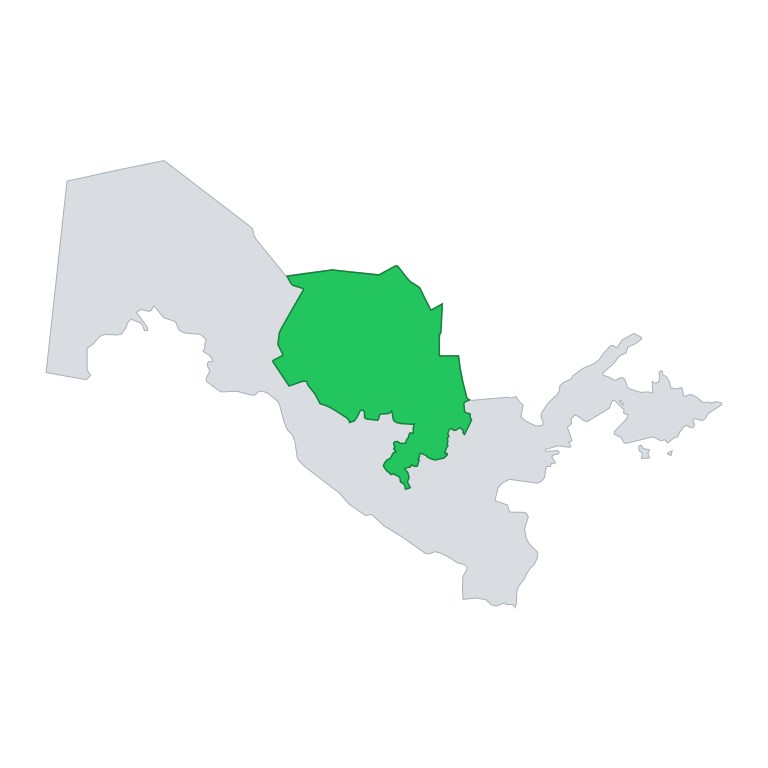 Navoi on a map of Uzbekistan (orthographic projection)
{"feature_id": "UZB-357", "entity_name": "Navoi", "entity_type": "Region", "adm_level": 1, "iso_a3": "UZB", "parent_name": "Uzbekistan", "parent_adm1": "", "projection": "orthographic", "projection_center": [65.132, 41.594], "detail": "fine", "context": "in_parent", "style": "filled", "palette": "green", "viewbox_px": 768, "rotation_deg": 0, "n_neighbors": 0, "source": "natural_earth", "source_scale": "10m", "svg_char_len": 8637}
<svg xmlns="http://www.w3.org/2000/svg" viewBox="0 0 768 768"><path d="M621.9,340.2L633.9,333.3L641.0,337.0L641.7,339.2L634.5,344.2L627.8,347.1L626.1,352.9L619.6,355.8L613.2,364.1L603.0,372.8L603.0,374.4L604.0,375.7L607.5,376.4L614.9,380.4L621.6,377.5L623.3,377.9L625.2,380.4L627.6,387.5L630.8,389.3L640.9,392.4L648.2,391.9L652.1,393.1L652.6,392.4L652.3,381.6L655.5,383.2L658.8,381.6L659.7,376.1L658.8,372.6L661.1,370.5L662.4,371.7L662.8,374.9L666.6,376.8L669.5,381.9L670.8,387.9L677.8,389.0L680.1,387.6L682.1,388.1L683.6,395.8L684.7,396.3L690.5,394.3L696.3,397.0L702.8,402.4L709.7,402.2L711.1,403.1L715.9,401.7L721.6,402.8L721.9,403.8L721.1,405.1L708.4,413.4L705.1,418.7L702.2,420.6L694.0,418.5L693.0,421.6L694.7,424.5L693.0,427.9L688.8,427.0L687.8,425.5L683.9,426.7L679.6,432.2L677.7,436.6L673.4,438.3L667.6,443.0L664.9,439.8L660.5,440.6L654.5,437.5L651.7,437.1L626.0,443.4L624.0,442.8L620.8,437.2L614.2,434.5L614.3,431.6L626.8,418.7L628.1,414.9L623.6,413.2L624.1,409.9L615.0,400.9L613.4,400.3L612.2,400.8L609.5,408.1L587.2,421.7L583.8,420.7L578.4,416.4L575.0,415.0L571.1,419.0L571.5,423.7L567.4,427.4L571.8,439.8L571.5,441.4L568.6,442.0L571.0,446.6L569.2,447.3L558.0,445.9L545.3,449.4L545.8,451.4L557.2,450.5L558.8,451.3L559.1,452.8L558.5,453.8L552.5,455.2L552.0,457.2L555.4,462.6L554.0,463.9L551.8,462.9L550.2,466.5L546.3,466.6L544.6,477.3L541.6,481.2L537.3,483.2L509.6,479.3L502.6,482.8L498.0,487.8L495.2,499.6L495.6,500.9L507.5,505.0L509.6,512.1L523.9,512.3L526.3,513.3L527.5,515.1L528.3,517.0L524.5,528.7L526.5,538.9L529.0,543.6L537.7,552.3L537.5,557.2L535.7,561.7L533.5,565.6L531.0,567.3L527.5,572.3L524.6,578.4L518.7,586.4L516.8,590.9L516.4,603.6L514.9,607.4L514.6,606.0L512.4,604.6L506.0,604.4L504.7,602.8L496.5,606.0L491.3,604.8L485.9,599.7L475.8,598.0L463.1,599.4L462.5,586.3L462.9,576.5L467.1,568.8L467.0,567.3L464.8,564.7L457.1,562.7L448.1,556.8L439.7,552.8L435.0,551.6L429.7,553.8L425.0,553.2L402.9,537.5L384.3,526.1L371.6,514.4L365.6,515.6L349.5,504.5L339.2,493.0L305.3,467.0L298.7,460.6L297.2,457.4L295.0,441.8L292.1,434.6L287.9,430.6L284.4,423.0L279.5,404.6L277.6,401.2L267.7,393.2L262.0,391.0L257.6,392.1L255.2,395.0L251.7,395.2L237.1,391.3L220.8,391.9L207.0,381.8L206.2,380.3L206.4,377.7L209.5,371.7L209.1,369.0L207.4,366.0L207.6,362.9L209.0,361.3L211.6,362.0L212.6,360.9L212.3,359.3L209.3,355.2L203.0,351.4L204.4,349.1L205.1,343.2L206.2,340.2L205.5,339.0L200.8,334.4L185.1,333.1L181.5,331.6L178.6,329.7L176.1,322.9L174.7,321.3L164.0,317.9L153.8,305.7L151.2,310.6L149.1,311.4L140.8,309.5L136.4,312.3L145.7,324.7L147.7,328.3L147.5,330.4L144.5,330.6L142.2,324.8L140.6,323.1L131.1,319.2L127.6,322.5L126.4,326.9L121.5,334.1L116.5,335.0L104.7,334.4L101.1,335.8L98.5,337.6L93.4,343.8L87.1,348.5L87.2,369.9L90.7,375.5L86.3,379.7L46.1,372.6L67.0,181.1L123.8,168.7L164.1,160.6L250.7,226.9L252.8,229.4L253.7,234.7L255.9,239.0L285.7,275.7L332.1,269.9L379.0,274.6L396.6,266.2L410.4,281.8L419.1,287.3L431.0,310.0L442.3,303.9L440.7,331.1L439.4,339.4L439.4,355.7L458.4,355.9L462.9,382.1L467.4,398.6L471.6,400.4L507.9,397.2L510.7,398.3L515.8,396.4L519.3,401.6L523.1,405.0L520.9,416.6L525.5,421.0L535.8,426.0L542.1,425.6L543.1,423.6L542.7,420.9L541.1,418.2L541.1,414.8L542.0,412.3L547.7,403.4L557.2,394.4L559.3,391.2L559.9,385.8L563.2,382.6L571.5,378.7L572.6,376.0L582.5,368.6L593.9,363.7L598.9,359.9L603.6,353.1L610.6,345.7L613.4,345.4L615.5,347.4L617.2,347.5L621.9,340.2ZM623.6,404.9L622.0,401.6L620.1,400.5L619.3,401.0L622.4,405.1L623.6,404.9ZM649.2,458.0L641.4,458.4L642.3,453.2L639.4,451.0L638.7,448.5L639.1,446.1L641.0,445.1L643.5,448.6L649.5,449.8L647.8,453.5L649.5,457.3L649.2,458.0ZM672.1,450.9L671.0,455.6L667.5,453.9L667.9,452.7L672.1,450.9Z" fill="#d9dde1" stroke="#a8b0b8" stroke-width="1"/><path d="M396.0,265.7L396.6,265.8L397.2,265.9L397.9,266.5L398.5,267.1L402.6,272.4L406.7,277.8L408.6,279.8L410.5,281.8L414.4,284.2L418.3,286.7L419.1,287.4L419.9,288.0L423.1,294.7L425.2,299.0L428.2,304.9L430.7,310.0L431.0,310.0L431.3,310.1L436.8,307.0L442.3,303.9L441.7,317.0L441.0,330.0L440.9,331.4L440.8,332.8L440.6,333.2L440.4,333.7L440.0,333.9L439.5,334.1L439.4,334.4L439.3,334.8L439.3,336.4L439.3,345.0L439.2,355.2L439.3,355.5L439.3,355.8L439.5,355.9L439.7,356.0L444.4,356.0L448.6,356.0L452.9,355.9L457.6,355.9L457.8,355.9L458.0,355.8L458.3,355.9L458.5,355.9L458.5,356.0L459.4,362.6L460.2,369.2L461.6,375.7L462.9,382.2L464.8,389.8L466.6,397.5L467.5,398.6L468.4,399.7L469.4,399.9L469.4,400.1L464.6,402.1L464.2,403.0L463.8,403.6L464.6,410.9L464.6,411.2L464.7,411.5L465.0,411.9L465.3,412.3L465.5,412.5L466.1,412.8L469.7,413.7L469.9,413.8L470.1,414.0L470.1,414.3L470.2,414.7L470.2,415.2L470.1,416.1L470.1,417.0L470.6,418.2L471.5,419.7L470.4,422.5L464.5,434.5L463.7,433.8L463.3,433.2L463.1,432.9L463.0,432.7L463.0,432.3L463.2,431.4L463.2,430.9L463.2,430.7L461.7,429.0L460.5,428.0L460.1,427.7L459.7,427.7L459.4,427.9L456.5,429.9L455.6,430.3L454.8,430.4L454.1,430.3L453.4,430.1L452.7,429.7L451.9,429.1L451.3,428.8L450.7,428.7L450.2,428.9L449.7,429.3L449.3,429.8L448.9,430.4L448.6,431.1L448.1,432.5L448.0,433.3L448.0,434.2L448.3,435.1L448.6,435.6L448.8,436.0L448.8,436.4L448.5,437.0L448.2,437.3L447.4,437.7L447.2,438.0L447.2,438.4L447.7,439.6L447.8,441.5L447.6,442.6L447.0,443.8L447.0,444.1L447.1,444.5L447.2,444.8L447.9,445.3L447.8,445.8L447.6,446.2L446.6,447.6L446.3,448.3L446.1,449.0L445.8,450.2L444.8,452.6L444.7,453.0L444.8,453.3L445.2,453.4L446.0,453.3L446.3,453.3L446.7,453.3L447.0,453.5L447.3,453.8L447.4,454.1L447.4,454.5L447.2,455.0L446.8,455.4L444.2,457.8L443.8,458.1L435.2,460.0L433.5,459.7L431.7,458.6L430.9,458.9L430.1,458.5L429.3,457.9L427.7,457.3L427.0,456.6L426.0,455.2L425.6,455.1L424.7,454.9L421.0,453.3L420.4,453.3L420.2,453.4L419.9,453.6L419.7,454.1L419.6,454.5L419.6,455.4L419.5,456.5L419.4,456.7L419.4,457.0L419.1,457.4L418.1,458.9L418.1,459.3L418.2,459.5L418.5,459.5L418.8,459.6L419.0,459.7L419.2,459.9L419.2,460.2L419.2,460.4L419.0,460.9L418.4,462.3L418.3,462.6L417.6,465.3L417.4,465.9L417.0,466.2L416.5,466.3L415.3,466.3L414.2,466.2L413.0,465.6L411.7,464.9L411.4,464.8L411.1,465.0L410.9,465.3L410.8,465.6L410.7,466.6L410.3,466.9L410.0,467.1L407.6,467.7L405.6,468.0L405.2,468.1L404.8,468.4L404.7,468.7L405.0,469.3L406.2,470.7L407.0,471.4L407.3,471.8L407.7,472.3L408.9,476.7L409.0,477.1L408.9,477.8L408.8,478.3L408.7,478.7L407.5,481.4L407.5,481.8L408.0,483.3L410.2,487.6L409.4,488.1L405.4,489.1L405.3,487.6L405.2,487.2L404.8,485.9L404.6,485.3L404.4,485.0L403.8,484.1L403.0,483.4L402.4,483.0L401.5,482.7L400.7,482.2L400.4,481.1L400.2,480.0L400.2,479.1L399.9,478.0L399.2,476.7L394.4,474.4L394.0,473.8L393.4,473.7L391.6,474.5L390.8,474.5L390.3,474.2L390.1,473.7L389.9,473.3L389.9,473.0L388.0,471.9L386.9,471.1L384.0,467.0L383.4,465.8L383.9,464.4L384.6,463.0L385.9,461.3L386.1,461.1L386.4,460.8L386.7,460.1L389.1,459.0L389.9,458.5L390.6,457.8L391.1,457.0L393.1,453.1L393.7,452.6L394.0,452.6L394.3,452.4L394.6,452.2L394.9,452.1L396.1,452.0L396.1,451.8L395.9,451.5L395.3,450.7L394.1,449.5L393.7,448.7L393.7,448.4L393.9,448.3L394.2,448.0L394.9,446.0L393.9,445.0L393.7,444.0L393.7,443.5L393.8,443.0L393.9,442.6L394.2,442.1L394.9,441.7L396.3,441.5L397.2,441.5L398.0,441.7L398.8,442.4L399.6,443.0L400.5,443.3L405.2,443.4L405.7,442.5L406.6,439.6L407.3,438.9L408.2,437.9L409.2,434.5L409.3,433.9L409.8,433.2L410.1,432.9L410.5,432.8L410.8,432.9L412.9,433.3L413.5,433.3L413.5,432.7L413.3,432.1L413.3,431.0L413.2,429.7L413.3,428.4L413.5,427.0L414.4,423.8L412.5,424.3L400.5,423.5L396.6,422.5L395.2,421.7L393.8,420.6L393.3,419.0L392.9,417.6L392.1,412.4L391.7,411.1L391.3,411.0L390.0,412.8L388.7,413.4L387.0,413.7L381.7,413.9L380.4,414.4L379.6,414.8L378.4,419.5L377.5,420.3L366.8,419.0L365.1,418.3L364.5,417.2L364.5,413.7L364.3,411.9L363.5,410.7L362.8,410.1L362.0,409.9L361.2,410.1L360.4,410.7L359.7,411.8L357.3,416.7L354.4,420.9L349.6,422.5L349.7,421.4L348.3,419.9L347.4,418.3L335.6,410.7L329.6,407.2L324.4,405.0L321.0,404.1L320.0,403.6L315.0,394.0L308.5,386.0L307.6,384.2L306.5,381.3L303.2,381.1L289.1,386.0L273.1,362.2L272.9,361.5L272.9,360.8L273.7,360.1L282.3,355.7L282.8,355.2L282.9,354.9L282.2,353.3L278.1,344.9L278.0,344.4L278.0,343.8L279.3,332.9L281.6,328.0L292.2,309.3L303.3,290.0L303.5,289.4L303.5,288.8L303.0,288.5L292.8,285.3L290.9,283.4L287.1,276.3L290.3,275.8L291.6,275.6L293.0,275.4L294.3,275.2L295.6,275.0L297.8,274.7L300.0,274.4L302.1,274.1L304.3,273.7L307.8,273.3L311.2,272.8L314.7,272.3L318.2,271.9L321.7,271.4L325.2,270.9L328.6,270.4L332.1,269.9L337.9,270.6L343.7,271.2L349.4,271.9L355.2,272.5L360.5,273.0L365.7,273.6L371.0,274.1L376.3,274.7L378.4,274.9L379.0,274.7L379.7,274.5L383.5,272.4L387.2,270.4L391.0,268.3L394.7,266.3L395.3,266.0L396.0,265.7Z" fill="#22c55e" stroke="#15803d" stroke-width="1.5"/></svg>